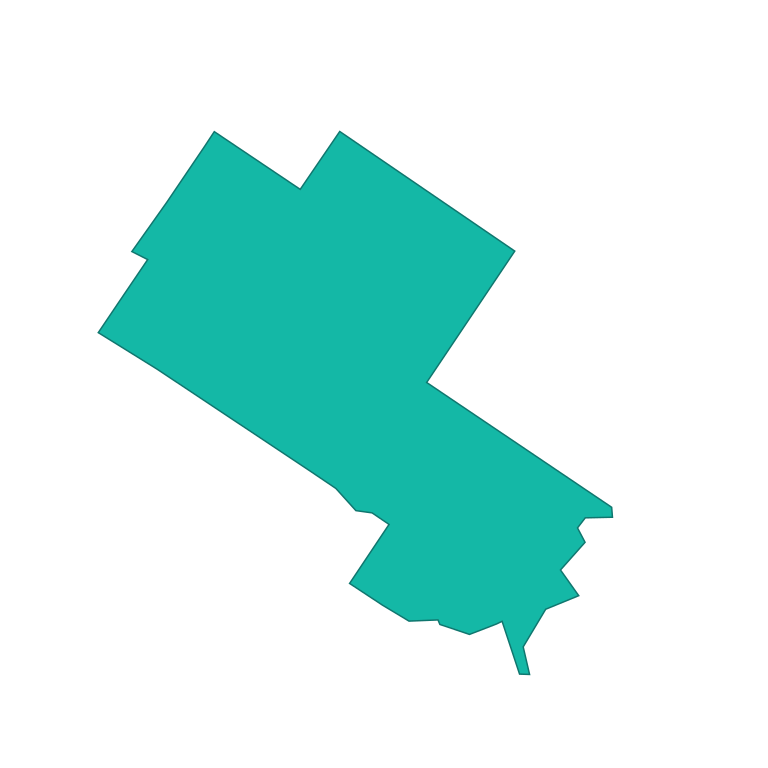 Clay, Mississippi, United States of America (Mercator projection), rotated 34°
{"feature_id": "52423323B83760027582767", "entity_name": "Clay", "entity_type": "district", "adm_level": 2, "iso_a3": "USA", "parent_name": "United States of America", "parent_adm1": "Mississippi", "projection": "mercator", "projection_center": [-88.697, 33.659], "detail": "fine", "context": "isolated", "style": "filled", "palette": "teal", "viewbox_px": 768, "rotation_deg": 34, "n_neighbors": 0, "source": "geoboundaries", "source_scale": "gbopen_adm2", "svg_char_len": 614}
<svg xmlns="http://www.w3.org/2000/svg" viewBox="0 0 768 768"><g transform="rotate(34 384 384)"><path d="M467.0,568.6L506.2,568.2L537.3,566.6L560.7,549.4L564.8,552.1L594.9,543.8L611.5,520.0L614.6,514.7L658.6,548.7L667.1,543.4L646.4,524.1L644.0,480.3L663.8,450.6L634.3,439.5L639.2,402.8L624.9,395.1L625.7,382.4L647.9,366.7L641.7,358.9L418.5,358.9L418.1,200.7L206.1,199.4L205.7,269.5L102.2,269.7L102.4,287.5L102.3,355.0L100.9,415.2L118.5,413.0L118.4,464.0L118.4,501.2L187.4,498.6L367.3,497.5L402.5,497.5L431.5,504.7L446.2,497.5L466.7,497.6L467.0,568.6Z" fill="#14b8a6" stroke="#0f766e" stroke-width="1.5"/></g></svg>